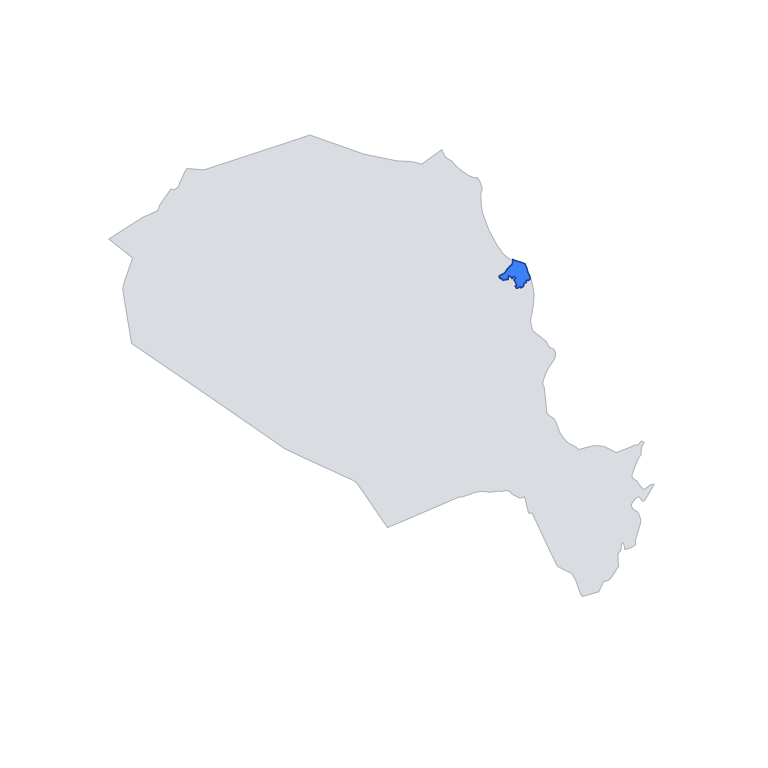 Dungass, Zinder, Niger shown in context, rotated 247°
{"feature_id": "23599985B10149369238340", "entity_name": "Dungass", "entity_type": "district", "adm_level": 2, "iso_a3": "NER", "parent_name": "Niger", "parent_adm1": "Zinder", "projection": "mercator", "projection_center": [9.383, 13.215], "detail": "fine", "context": "in_parent", "style": "filled", "palette": "blue", "viewbox_px": 768, "rotation_deg": 247, "n_neighbors": 0, "source": "geoboundaries", "source_scale": "gbopen_adm2", "svg_char_len": 4205}
<svg xmlns="http://www.w3.org/2000/svg" viewBox="0 0 768 768"><g transform="rotate(247 384 384)"><path d="M577.1,528.8L570.8,528.9L567.3,530.0L562.7,533.5L557.7,534.9L551.5,537.9L547.6,540.4L543.9,542.3L538.9,547.1L537.3,550.7L532.3,551.4L525.2,550.8L520.8,547.1L510.5,543.4L503.8,541.8L500.6,541.4L484.9,540.7L468.0,542.2L459.5,544.0L457.9,544.3L453.0,546.6L449.0,549.2L438.1,560.8L423.6,560.4L415.1,559.1L407.9,557.3L397.7,551.9L385.1,543.6L380.2,542.5L375.9,541.8L374.4,541.9L359.4,550.2L356.5,550.0L353.0,550.9L350.6,553.0L348.9,554.0L347.1,554.2L344.8,553.7L342.4,552.5L340.1,550.2L333.9,541.0L332.7,539.4L330.0,536.6L325.6,532.4L322.6,530.4L320.7,529.9L318.5,530.2L306.5,526.6L294.4,522.7L291.8,523.2L289.9,524.0L285.7,526.9L280.8,527.4L274.5,527.2L271.1,526.8L265.6,527.8L261.9,528.9L257.1,530.8L250.9,536.1L249.1,536.8L247.6,537.6L245.5,552.0L243.8,556.3L240.6,562.0L234.4,567.5L230.1,570.8L230.0,575.2L229.7,582.5L229.6,587.5L229.9,590.7L229.2,592.3L228.9,593.7L229.1,595.8L230.2,596.8L230.8,598.1L230.4,599.2L228.3,600.5L226.1,597.3L223.3,595.0L220.1,593.9L218.0,592.3L216.9,590.0L212.8,585.5L203.4,576.6L202.4,576.4L200.8,576.0L198.1,577.1L196.5,578.5L195.4,579.1L193.6,579.2L189.1,580.3L185.5,581.8L185.4,583.0L187.1,589.7L186.3,593.4L184.7,591.6L179.5,584.8L175.9,579.8L175.3,578.7L174.8,576.9L175.2,576.2L176.6,575.7L179.9,575.0L180.5,574.5L180.6,573.1L180.1,570.5L178.3,567.0L176.4,564.7L175.3,564.2L173.4,564.1L171.2,564.5L167.2,567.3L165.4,567.8L161.3,567.6L157.6,567.0L155.4,565.6L148.7,559.9L141.3,554.0L138.2,553.1L137.5,552.5L137.0,547.9L137.1,542.4L137.5,541.0L140.6,541.8L143.9,542.2L144.9,541.2L142.3,539.2L138.5,537.3L137.1,534.2L136.1,533.2L134.4,532.1L132.4,531.6L130.5,530.7L129.1,529.9L126.9,529.5L124.6,528.8L121.3,523.9L118.0,519.2L116.1,515.4L115.5,513.2L116.4,509.3L115.4,507.8L111.8,503.9L108.8,500.3L109.5,494.7L110.1,490.0L110.2,487.1L110.7,485.4L111.1,483.5L113.1,482.9L118.2,483.0L128.1,483.8L136.1,482.8L136.5,482.7L142.1,477.6L148.4,472.4L157.8,471.9L167.9,471.3L175.8,471.0L187.4,470.6L196.8,470.3L207.6,469.9L208.0,467.5L208.6,466.9L209.7,466.8L217.7,468.1L225.2,469.3L225.7,464.7L232.3,459.0L236.0,457.8L237.0,456.8L238.2,454.9L238.9,451.9L239.2,449.8L240.6,448.0L241.6,444.8L243.0,439.1L246.7,433.1L248.8,424.9L249.1,417.1L249.5,411.1L250.6,409.8L250.6,399.2L250.5,388.5L250.5,379.4L250.5,368.1L250.4,358.1L250.4,347.3L250.4,337.6L250.4,331.2L258.0,329.6L265.8,328.0L277.3,325.7L289.8,323.2L303.3,320.4L306.4,318.8L316.7,309.4L321.3,305.2L330.5,296.8L337.6,290.3L346.6,282.0L356.1,273.7L363.7,267.0L375.7,259.5L393.7,248.1L411.8,236.6L429.8,225.2L447.9,213.7L465.9,202.2L483.9,190.6L502.0,179.1L520.0,167.5L538.2,171.9L555.4,176.1L572.7,180.3L576.8,182.6L586.0,190.8L597.8,201.4L598.3,201.5L598.9,201.6L610.2,195.4L624.9,187.3L628.7,209.1L631.7,227.8L631.8,239.6L632.0,242.7L633.2,244.8L635.9,246.9L646.8,264.0L644.5,267.0L646.1,272.2L648.9,274.5L658.0,284.6L659.2,286.6L658.7,288.2L652.3,300.1L651.3,303.0L650.0,318.2L649.1,328.8L647.9,343.4L646.4,360.8L645.2,375.5L643.6,394.8L642.2,413.0L633.0,423.0L616.8,440.7L603.6,455.1L597.0,464.7L584.1,483.4L578.4,495.5L573.9,501.8L571.6,504.5L573.6,513.3L577.1,528.8Z" fill="#d9dde1" stroke="#a8b0b8" stroke-width="1"/><path d="M423.6,559.7L426.1,560.3L428.6,560.3L430.7,560.0L433.1,560.4L434.0,560.7L439.5,560.8L443.2,557.0L445.0,554.6L448.3,551.1L446.8,550.4L444.4,548.9L443.8,547.8L443.1,545.6L442.1,543.3L441.1,541.5L439.3,539.0L438.9,537.6L438.8,534.8L438.2,531.9L436.1,531.9L435.5,532.3L435.5,533.2L434.4,533.6L433.5,533.7L432.9,534.2L432.9,535.1L432.3,536.3L432.3,538.0L431.7,538.9L432.2,539.6L433.3,539.7L434.3,540.9L434.8,541.0L433.9,541.9L432.2,543.1L431.6,542.9L431.0,543.0L431.0,543.6L431.9,544.3L432.2,544.8L432.0,545.5L431.0,546.4L430.4,546.6L429.9,546.4L429.7,545.2L429.1,544.3L428.2,544.3L427.6,544.6L424.6,544.8L423.3,544.8L422.8,544.1L422.9,543.0L420.5,543.3L420.1,543.8L420.0,545.4L420.3,545.8L420.4,547.3L419.9,547.5L419.0,547.6L419.0,548.2L419.1,549.2L419.3,549.6L419.3,550.4L420.4,551.4L421.4,551.6L421.9,552.2L421.8,554.4L422.2,555.1L423.7,555.2L423.6,556.3L423.4,556.7L423.4,557.0L423.0,557.3L423.0,558.3L423.5,558.8L423.6,559.7Z" fill="#3b82f6" stroke="#1e3a8a" stroke-width="1.5"/></g></svg>